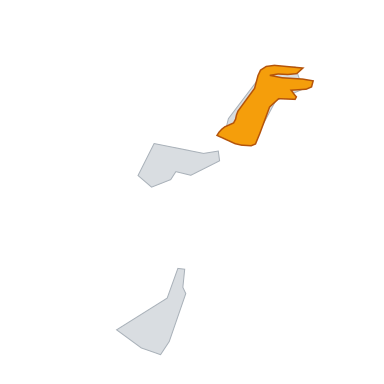 Turks and Caicos Islands, with Middle Caicos highlighted, rotated 298°
{"feature_id": "TCA-5003", "entity_name": "Middle Caicos", "entity_type": "state/province", "adm_level": 1, "iso_a3": "TCA", "parent_name": "Turks and Caicos Islands", "parent_adm1": "", "projection": "natural_earth1", "projection_center": [-71.735, 21.8], "detail": "fine", "context": "in_parent", "style": "filled", "palette": "amber", "viewbox_px": 384, "rotation_deg": 298, "n_neighbors": 0, "source": "natural_earth", "source_scale": "10m", "svg_char_len": 996}
<svg xmlns="http://www.w3.org/2000/svg" viewBox="0 0 384 384"><g transform="rotate(298 192 192)"><path d="M339.6,236.6L337.8,244.0L312.2,223.1L262.9,222.9L255.1,194.4L273.9,189.7L336.5,199.8L350.8,224.6L339.6,236.6ZM34.9,190.1L86.7,219.9L117.9,215.4L120.4,221.8L103.5,228.7L99.4,234.2L49.3,242.1L33.6,240.6L30.5,220.4L34.9,190.1ZM240.5,196.0L232.5,201.7L206.2,183.1L202.4,168.2L193.0,167.4L177.3,154.0L181.2,136.6L217.0,135.8L231.5,184.1L240.5,196.0Z" fill="#d9dde1" stroke="#a8b0b8" stroke-width="1"/><path d="M275.4,224.4L264.2,225.5L260.6,222.5L256.6,213.7L254.9,207.4L253.7,187.5L257.5,187.8L261.4,188.8L265.0,190.4L272.5,196.3L276.8,196.3L280.9,195.1L285.0,194.6L312.9,198.6L325.9,195.6L331.8,195.3L337.7,198.6L342.5,205.3L353.5,231.7L345.7,228.9L340.7,221.4L336.6,212.6L331.5,205.9L335.2,218.0L343.7,236.8L347.0,246.8L340.9,248.2L336.4,244.6L328.4,231.7L325.8,237.3L325.0,239.5L322.2,239.5L315.1,224.7L303.5,220.6L275.4,224.4Z" fill="#f59e0b" stroke="#b45309" stroke-width="1.5"/></g></svg>